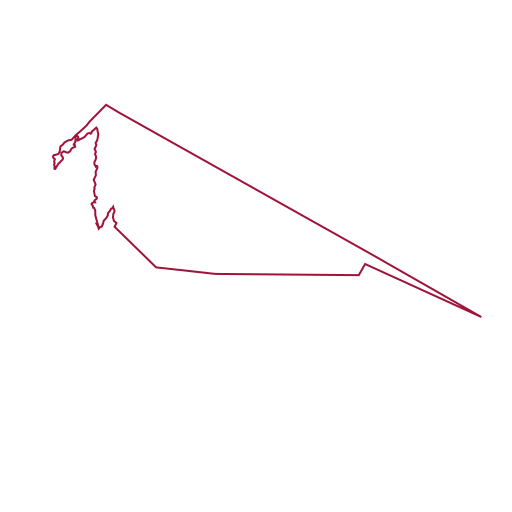 Nouadhibou, Dakhlet Nouadhibou, Mauritania, rotated 30°
{"feature_id": "47542326B41685059019738", "entity_name": "Nouadhibou", "entity_type": "district", "adm_level": 2, "iso_a3": "MRT", "parent_name": "Mauritania", "parent_adm1": "Dakhlet Nouadhibou", "projection": "albers", "projection_center": [-16.719, 20.928], "detail": "fine", "context": "isolated", "style": "outline", "palette": "rose", "viewbox_px": 512, "rotation_deg": 30, "n_neighbors": 0, "source": "geoboundaries", "source_scale": "gbopen_adm2", "svg_char_len": 1882}
<svg xmlns="http://www.w3.org/2000/svg" viewBox="0 0 512 512"><g transform="rotate(30 256 256)"><path d="M481.6,196.2L354.2,196.8L231.3,198.3L65.5,200.3L52.2,200.1L50.6,200.0L44.7,222.7L44.0,227.9L41.2,236.7L39.6,241.0L38.2,247.5L35.4,250.0L33.3,253.5L33.2,254.9L32.9,256.6L31.8,258.8L32.8,261.4L33.7,263.4L33.9,266.1L32.5,268.0L30.5,269.7L30.4,271.2L31.7,272.5L33.4,272.7L34.0,275.2L35.2,276.3L35.5,278.1L37.1,279.1L37.2,280.2L37.8,281.2L38.6,281.0L38.7,275.8L38.7,274.5L39.3,273.8L39.4,272.2L40.3,269.3L40.1,268.0L39.0,266.9L37.1,266.3L35.9,263.9L37.2,261.4L40.3,261.0L41.7,260.3L42.6,258.3L42.6,255.5L43.0,254.1L44.8,251.8L43.0,250.0L42.8,251.5L42.4,250.4L42.5,247.8L41.1,244.6L40.2,243.6L40.8,241.6L41.4,241.4L42.3,241.7L43.1,242.5L43.2,244.4L43.7,245.2L44.3,244.7L45.1,243.0L46.0,241.9L47.0,240.3L48.0,238.7L48.8,234.2L50.1,232.9L51.6,232.8L52.1,232.1L51.5,230.7L53.5,224.7L55.1,225.4L56.2,226.9L57.5,228.2L58.5,229.3L59.0,231.0L59.8,232.6L60.6,235.1L60.6,238.3L62.3,239.8L62.7,244.1L64.7,245.3L65.5,246.4L65.4,247.7L65.9,248.6L67.1,249.2L68.2,250.5L69.0,252.9L69.0,255.1L70.0,257.2L72.5,258.7L72.8,257.8L73.3,257.5L74.0,258.0L74.6,259.1L75.0,263.2L77.0,266.2L77.3,271.1L81.3,274.2L81.8,277.7L82.6,278.4L83.2,280.8L86.6,284.7L88.6,284.6L89.3,285.5L89.3,286.3L88.4,288.4L88.6,289.6L89.3,289.7L89.8,290.0L89.2,290.4L88.7,290.4L88.0,291.5L87.6,292.4L87.5,293.0L87.9,293.5L89.5,294.0L89.8,294.5L90.8,295.6L91.8,295.3L92.6,295.9L94.0,296.9L96.4,301.0L103.5,308.1L102.4,308.2L104.5,309.5L106.2,311.0L106.5,309.2L107.7,307.7L107.6,306.5L107.4,304.7L107.1,303.7L106.5,301.5L107.3,298.3L107.4,295.1L106.4,293.1L106.9,290.1L106.9,287.5L107.6,286.6L107.7,284.9L108.6,286.0L109.9,286.5L111.3,288.4L111.4,290.8L112.7,293.9L115.3,296.6L118.7,297.2L118.9,301.4L175.2,315.8L229.4,292.0L235.3,288.7L354.6,221.2L354.5,208.4L481.6,196.2Z" fill="none" stroke="#9f1239" stroke-width="2"/></g></svg>